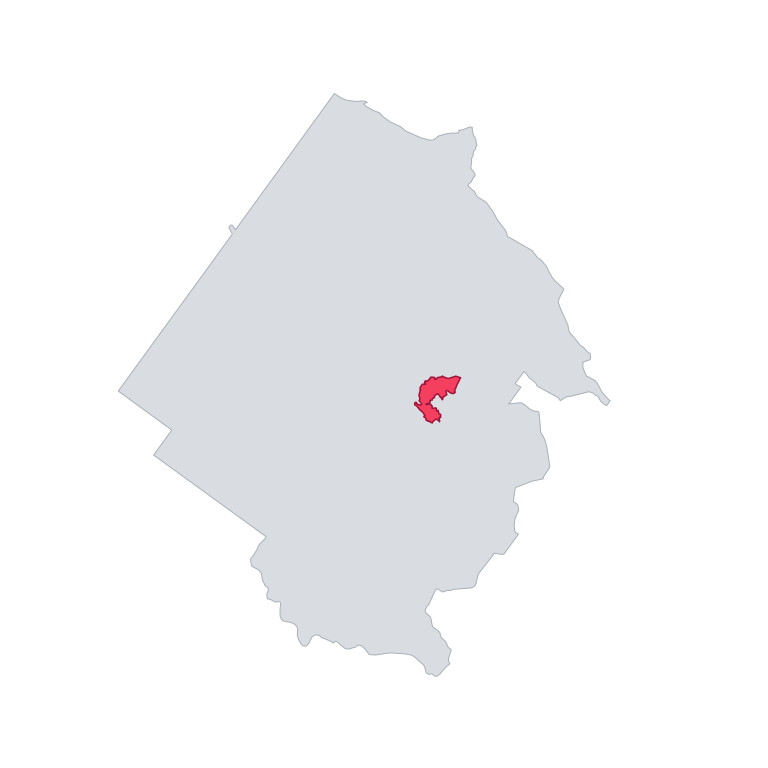 Bara, North Kordufan, Sudan shown in context, rotated 306°
{"feature_id": "16777658B73241781951906", "entity_name": "Bara", "entity_type": "district", "adm_level": 2, "iso_a3": "SDN", "parent_name": "Sudan", "parent_adm1": "North Kordufan", "projection": "mercator", "projection_center": [31.071, 14.012], "detail": "fine", "context": "in_parent", "style": "filled", "palette": "rose", "viewbox_px": 768, "rotation_deg": 306, "n_neighbors": 0, "source": "geoboundaries", "source_scale": "gbopen_adm2", "svg_char_len": 6497}
<svg xmlns="http://www.w3.org/2000/svg" viewBox="0 0 768 768"><g transform="rotate(306 384 384)"><path d="M503.4,576.8L497.6,576.8L497.0,575.4L497.1,571.6L497.7,568.8L499.8,564.2L499.3,561.8L499.6,558.2L498.1,554.2L484.2,542.6L481.5,539.4L474.1,536.4L475.4,533.2L472.3,509.3L473.8,506.6L474.3,502.4L474.2,498.7L476.0,492.6L476.2,490.0L461.4,489.8L461.3,492.5L461.9,495.4L461.9,496.6L441.4,496.7L449.6,506.1L449.9,510.1L449.5,515.3L449.6,518.5L450.1,520.7L452.3,524.9L452.1,525.6L451.6,526.6L437.1,539.1L434.6,544.8L432.7,547.9L428.5,553.0L415.2,566.2L413.0,567.1L402.9,567.5L401.9,567.9L401.1,568.5L400.6,568.3L392.0,560.6L377.4,551.2L367.7,556.1L365.1,557.9L365.0,562.4L363.6,564.7L361.0,567.2L353.8,568.7L350.1,570.1L345.7,572.6L341.4,576.9L341.1,579.1L341.5,581.0L316.9,581.0L315.3,579.4L311.7,572.4L309.2,572.8L286.8,572.0L283.6,572.7L277.2,575.6L274.0,576.1L270.6,574.8L258.8,561.0L256.3,559.3L253.6,556.0L251.1,554.6L250.2,553.5L250.0,552.1L250.0,549.0L249.2,547.1L247.3,546.7L231.5,549.9L229.2,549.5L225.9,550.1L224.7,550.7L223.4,552.5L223.2,556.3L222.8,558.2L221.5,560.2L217.0,564.9L216.0,567.0L216.2,572.1L215.9,574.7L215.3,575.9L213.3,577.9L212.6,579.1L211.8,585.6L209.3,589.6L208.7,591.0L208.6,593.9L208.2,594.8L201.0,597.1L198.3,598.5L196.7,600.8L196.3,601.7L193.2,600.9L189.3,600.3L181.8,599.6L178.8,598.6L177.4,597.0L177.9,593.0L177.1,592.2L175.9,591.5L175.1,589.7L175.3,587.7L179.2,583.0L180.1,580.6L181.1,569.0L180.8,565.5L177.7,559.0L170.5,547.7L168.7,545.5L159.7,536.3L158.7,534.9L156.5,531.0L158.9,522.4L159.0,520.0L158.4,517.6L156.1,515.7L154.1,515.5L151.5,513.2L149.7,512.2L148.2,510.2L147.1,507.3L147.9,497.2L147.3,495.8L145.0,495.5L144.5,494.7L144.6,492.8L143.4,487.0L142.0,482.2L142.7,479.6L140.8,476.0L137.1,474.4L129.9,475.6L127.7,475.4L126.1,474.8L125.0,473.4L124.5,471.9L125.0,469.5L127.0,465.2L129.6,461.6L134.8,458.4L136.2,456.7L136.9,454.7L137.1,452.6L136.7,450.2L136.1,448.1L134.6,445.3L133.2,442.0L133.2,439.8L133.9,438.2L135.2,436.3L140.4,432.5L145.7,429.4L146.5,428.3L146.2,426.9L143.8,424.4L143.0,419.3L141.7,415.8L144.4,413.2L146.3,412.3L149.4,411.5L150.6,410.4L151.0,408.2L150.9,406.2L152.0,404.7L153.5,401.5L154.7,400.1L158.7,396.3L159.6,393.8L159.9,391.5L158.8,384.4L161.1,381.4L164.1,378.9L168.3,379.1L175.0,378.6L179.5,377.5L182.7,377.6L190.1,378.9L190.8,378.3L191.2,376.4L191.1,239.4L221.6,239.4L222.0,239.2L222.1,173.2L414.7,173.2L416.3,173.0L419.3,166.7L420.6,166.3L422.6,166.6L423.2,168.1L421.6,173.2L589.8,173.1L590.1,180.7L591.5,186.8L596.3,195.5L600.3,200.1L601.7,202.7L601.9,203.9L601.7,205.0L600.5,203.7L598.4,202.8L598.1,206.9L599.1,215.1L600.8,220.9L599.6,226.3L599.7,235.3L601.9,246.1L601.4,253.0L604.9,269.1L608.3,278.0L610.2,280.2L612.3,281.3L616.3,282.1L622.2,286.6L627.0,291.4L628.6,293.9L630.9,296.6L632.5,296.1L633.4,295.4L635.0,297.6L642.4,302.3L643.5,304.5L640.8,306.7L637.7,310.4L636.2,313.9L635.4,315.0L632.9,317.2L632.5,318.2L631.4,318.9L630.3,318.9L627.7,320.1L625.4,319.7L623.1,320.4L622.3,321.2L620.4,321.9L617.9,322.3L614.0,325.2L610.7,326.6L609.5,327.8L607.7,333.6L606.5,335.1L601.4,335.3L599.0,335.8L595.6,335.1L594.0,335.2L593.6,336.5L593.0,341.4L593.1,343.6L590.3,349.3L591.1,359.8L588.4,367.8L588.0,369.6L585.2,375.8L583.8,378.2L580.3,389.9L579.0,393.5L576.0,397.2L579.0,425.2L576.5,433.8L576.6,438.4L574.9,445.3L573.5,448.5L571.3,452.3L569.4,456.6L567.8,462.3L566.7,472.9L566.1,473.9L557.3,475.2L554.5,476.0L552.6,477.1L550.3,479.9L545.8,487.4L543.4,492.0L539.7,498.2L535.4,502.7L534.5,504.8L533.7,508.9L532.1,515.2L530.7,519.7L530.9,523.4L529.6,529.6L529.8,532.7L528.3,534.4L526.2,536.0L524.8,536.4L518.7,532.2L514.3,535.1L511.6,539.2L509.5,543.3L510.7,552.0L510.6,553.9L510.0,556.0L505.9,564.5L504.7,568.4L503.4,575.2L503.4,576.8Z" fill="#d9dde1" stroke="#a8b0b8" stroke-width="1"/><path d="M424.7,426.6L424.3,426.6L423.6,426.7L423.4,426.5L423.4,426.2L423.2,426.0L423.1,425.8L422.9,425.6L422.7,425.4L421.7,424.6L421.4,424.3L421.2,424.1L421.0,423.8L420.9,423.6L420.7,423.5L420.4,423.6L420.0,423.5L419.4,423.3L418.9,423.1L418.5,423.1L418.1,423.1L417.8,422.9L417.8,422.5L418.0,422.0L419.0,421.1L417.8,418.8L417.5,418.5L417.1,417.9L412.2,417.7L410.8,415.6L409.6,415.6L409.5,416.4L409.3,416.8L408.5,416.5L408.0,417.4L407.5,416.7L406.3,415.2L405.0,415.2L402.7,415.2L401.1,416.2L401.0,417.0L400.7,417.1L400.4,416.7L399.6,417.3L395.7,418.8L394.9,419.4L394.6,419.6L394.0,421.2L392.8,421.9L392.4,422.0L391.2,422.2L390.8,423.7L390.6,424.7L389.8,426.1L389.1,426.4L388.7,426.1L388.0,425.0L387.4,423.7L388.0,420.6L386.9,420.0L385.2,421.1L385.5,423.4L384.1,428.3L384.1,429.8L383.8,432.4L383.1,434.2L382.6,435.5L381.3,435.3L380.9,435.6L381.1,436.7L380.9,437.3L380.5,438.2L380.1,438.8L379.6,439.1L379.7,439.3L379.7,441.2L380.2,442.5L380.6,442.6L380.6,443.1L380.4,444.3L380.6,445.0L380.7,445.4L380.9,445.8L381.2,445.6L385.8,446.4L386.4,447.6L386.5,449.0L386.2,450.9L386.9,450.8L387.0,449.3L387.3,449.8L389.1,448.5L389.8,449.3L390.2,449.3L390.7,449.2L390.9,449.0L391.0,448.5L391.3,448.5L392.3,448.1L392.7,447.7L392.5,447.0L392.3,446.1L393.0,445.0L394.4,443.5L393.2,442.8L393.3,441.8L394.4,441.3L395.0,440.8L395.1,440.3L394.4,439.0L393.2,438.2L392.8,436.9L394.5,436.0L394.5,435.0L395.0,434.0L394.9,432.9L392.3,430.5L392.3,430.0L392.7,429.7L395.2,432.2L396.1,431.9L396.5,432.0L397.3,431.4L397.7,430.9L399.4,432.4L401.0,431.6L401.4,432.1L402.3,432.7L403.3,432.4L404.5,432.0L405.7,432.2L406.7,432.8L406.9,432.7L407.3,433.0L407.6,433.5L407.4,433.7L407.4,434.0L407.6,434.2L407.5,434.8L406.5,437.5L406.4,437.5L406.3,438.0L406.7,438.7L406.9,439.1L405.9,439.5L405.6,440.2L405.7,440.5L406.0,440.5L407.1,439.9L407.3,439.2L407.7,439.0L408.3,439.8L409.2,439.8L411.8,441.0L412.4,441.0L414.5,438.2L415.9,439.0L416.0,440.3L415.8,442.0L416.3,444.6L417.6,446.2L418.3,446.3L419.3,446.4L420.8,444.5L422.3,444.6L425.2,443.8L426.6,443.4L429.2,443.1L429.9,443.0L431.8,442.6L433.5,442.3L433.9,442.3L434.0,442.3L434.1,442.2L434.0,441.9L433.7,441.2L433.6,440.7L433.5,440.4L433.4,440.2L433.2,439.7L433.1,439.3L433.1,439.2L433.0,438.9L432.9,438.7L432.8,438.3L432.7,438.2L432.6,437.8L432.6,437.6L432.4,437.4L432.0,437.1L431.5,436.7L431.3,436.6L431.0,436.4L430.8,436.3L430.4,435.9L430.1,435.7L429.7,435.4L429.2,435.1L428.9,434.9L428.5,434.6L428.2,434.3L427.5,433.8L426.9,433.4L426.6,433.2L426.2,432.5L426.2,432.4L425.9,431.9L425.8,431.7L425.6,431.2L425.5,430.9L425.4,430.4L425.3,430.0L425.2,429.8L425.2,429.6L425.1,429.3L425.1,429.2L424.9,428.7L424.8,428.3L424.8,428.2L424.7,428.0L424.7,427.2L424.7,426.6Z" fill="#f43f5e" stroke="#9f1239" stroke-width="1.5"/></g></svg>